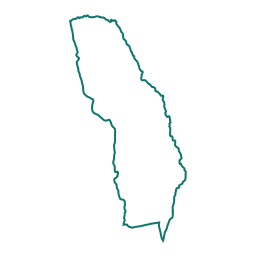 the district of Pandi, Cundinamarca, Colombia
{"feature_id": "7082276B83110653557136", "entity_name": "Pandi", "entity_type": "district", "adm_level": 2, "iso_a3": "COL", "parent_name": "Colombia", "parent_adm1": "Cundinamarca", "projection": "equal_earth", "projection_center": [-74.479, 4.177], "detail": "fine", "context": "isolated", "style": "outline", "palette": "teal", "viewbox_px": 256, "rotation_deg": 0, "n_neighbors": 0, "source": "geoboundaries", "source_scale": "gbopen_adm2", "svg_char_len": 5741}
<svg xmlns="http://www.w3.org/2000/svg" viewBox="0 0 256 256"><path d="M163.0,240.6L163.6,238.7L164.7,232.8L165.2,231.5L165.7,230.9L166.8,228.4L167.3,226.6L167.6,225.1L168.3,223.6L168.6,222.6L170.0,219.3L170.3,219.0L171.5,218.2L172.1,218.0L172.5,217.4L172.7,216.0L172.9,213.6L172.8,213.0L172.6,212.5L172.6,211.8L173.0,211.2L173.0,210.6L172.8,210.3L172.6,209.3L172.7,208.2L172.6,206.8L173.8,203.4L173.8,202.6L174.2,201.0L174.2,197.3L174.3,196.7L175.3,194.9L175.4,194.5L175.3,193.3L175.9,191.6L175.8,190.7L176.0,190.0L176.6,188.5L176.8,188.2L178.8,187.8L178.9,187.6L179.2,187.1L179.1,186.4L179.3,185.4L180.7,184.5L182.2,183.8L182.4,183.6L182.5,182.9L183.0,181.7L184.9,180.5L185.2,179.9L185.4,178.4L185.6,177.4L185.6,176.3L185.7,175.4L185.5,174.8L185.5,174.4L185.8,173.1L185.7,171.8L185.5,171.4L185.2,170.9L184.7,170.6L184.5,170.2L184.6,169.3L184.4,168.5L184.1,168.1L183.0,167.2L181.6,165.7L181.4,165.2L181.2,164.8L181.2,164.5L180.9,163.8L180.8,163.7L180.2,163.9L179.8,163.8L179.6,163.4L179.6,162.6L179.5,161.9L179.6,160.9L179.5,160.4L180.5,159.3L181.1,158.8L181.5,158.2L181.5,157.5L181.1,156.3L181.0,155.9L181.0,155.2L180.7,154.0L180.2,153.1L179.7,152.6L178.9,150.8L178.8,149.6L178.6,149.2L178.5,148.1L177.3,147.5L176.5,146.9L176.1,146.4L175.5,146.0L175.1,145.3L175.0,144.6L175.1,144.4L175.3,141.9L175.2,141.1L175.0,140.6L174.7,140.5L173.7,140.6L173.1,140.5L172.7,139.9L172.6,138.6L172.6,137.6L172.3,136.8L171.7,136.2L170.7,136.2L170.3,135.9L170.2,135.4L169.9,134.1L169.9,133.6L170.1,132.4L170.2,131.5L170.3,128.7L170.0,127.7L169.3,126.4L169.7,124.7L169.4,124.0L169.5,123.6L169.7,123.3L170.3,122.8L170.5,122.4L170.2,121.8L170.2,121.2L170.0,120.8L169.9,118.8L169.8,118.0L169.2,116.3L168.4,116.4L167.7,117.0L167.1,116.8L166.6,116.3L165.7,114.9L165.4,113.6L165.3,112.6L165.8,112.1L165.9,111.8L165.8,110.7L165.5,110.0L164.4,107.2L164.1,105.7L164.3,105.3L164.4,104.6L164.2,102.4L163.2,100.9L162.9,100.2L162.7,99.6L162.9,98.3L163.3,96.7L163.3,96.3L163.1,95.7L162.8,95.5L162.0,95.8L161.2,95.8L160.9,95.6L160.5,95.2L160.1,94.4L159.7,93.7L158.4,92.6L157.5,91.7L156.8,91.5L156.1,91.2L155.6,91.2L155.4,90.7L155.2,88.7L154.9,88.1L153.9,87.3L153.4,87.1L153.1,87.0L152.3,87.1L150.8,85.6L150.3,84.8L150.0,84.4L149.3,84.0L148.4,83.7L146.8,81.7L145.5,80.5L144.4,80.1L142.9,80.3L142.2,80.2L141.8,80.1L141.5,79.7L141.3,79.4L141.2,78.8L141.3,77.2L141.6,76.3L141.6,74.9L142.6,72.6L142.7,72.2L142.5,71.7L142.1,71.2L141.6,71.3L141.4,71.2L139.8,69.3L139.4,68.3L139.1,66.6L138.4,64.8L138.3,64.2L137.2,61.6L136.5,60.7L136.1,60.5L135.6,60.0L135.3,59.3L134.7,58.8L134.3,58.1L134.2,57.8L134.2,56.2L133.0,55.6L132.7,54.6L132.2,53.8L132.0,52.8L132.0,52.5L131.8,52.1L131.0,51.3L130.5,49.7L129.4,46.4L129.2,46.0L128.9,45.7L128.5,45.6L128.1,45.0L127.2,44.8L126.7,44.4L126.6,43.6L125.7,40.8L124.9,39.9L123.7,39.2L123.5,38.7L123.2,37.5L123.1,35.9L123.1,35.1L122.7,33.5L122.3,32.9L121.6,32.2L121.3,32.0L120.9,31.3L120.8,30.4L120.1,29.1L119.8,28.2L118.6,26.8L117.8,25.9L117.4,25.1L116.7,24.4L116.2,23.6L116.2,23.2L116.4,22.4L116.4,21.9L115.9,21.2L115.5,21.0L115.0,20.3L114.3,20.3L113.8,20.9L113.2,20.8L112.3,20.5L111.7,19.8L111.3,19.8L111.2,19.8L111.1,20.1L111.3,20.7L111.3,21.3L110.7,21.9L110.1,21.9L109.0,21.3L107.8,20.0L107.4,19.9L106.5,19.8L106.0,19.6L104.9,18.4L103.4,17.5L101.4,17.6L100.6,17.0L99.5,17.0L98.9,16.6L97.9,16.3L96.6,16.3L94.8,16.9L93.4,17.0L92.7,17.3L91.8,17.3L91.3,17.1L89.7,17.1L88.7,16.6L87.8,15.5L87.1,15.4L86.9,15.5L86.5,16.0L86.1,16.4L85.4,16.4L84.7,15.9L84.2,15.9L83.1,16.7L82.5,17.4L82.1,17.5L81.1,17.3L80.4,17.4L79.6,18.1L79.1,18.1L78.6,17.4L77.9,17.3L77.0,17.8L76.3,18.6L75.9,18.8L74.6,18.8L74.1,19.1L73.2,19.2L72.2,19.7L71.3,20.7L71.0,20.9L70.2,20.9L70.2,21.5L70.4,22.2L70.8,24.8L71.0,26.0L71.3,26.7L71.6,28.4L71.8,29.7L72.4,31.0L72.5,32.4L72.8,33.8L73.1,36.4L73.2,39.0L73.3,39.5L73.5,40.1L74.2,41.4L74.9,43.4L75.7,45.8L76.1,46.6L76.4,47.4L76.9,50.0L77.6,51.8L77.6,52.6L77.5,53.0L76.9,53.6L76.4,54.3L76.3,54.9L76.3,55.3L76.8,56.1L77.1,56.5L78.6,57.7L79.1,58.2L78.7,59.3L77.4,61.0L76.8,62.2L76.9,64.1L77.7,66.6L77.8,67.2L78.4,68.9L78.2,70.5L79.1,72.4L79.5,73.5L79.7,74.1L79.9,76.0L80.9,78.4L81.6,80.6L82.3,84.0L82.8,85.3L83.1,87.2L83.3,91.0L83.5,92.0L83.7,92.7L84.6,94.2L86.0,95.6L88.0,96.9L90.2,97.8L91.2,98.7L92.9,99.4L93.4,100.2L93.3,101.3L92.4,104.6L92.1,106.8L92.0,108.5L92.3,110.4L92.5,110.9L93.1,112.1L94.1,113.1L96.4,114.3L98.3,114.9L99.3,116.2L100.3,116.9L100.9,117.5L104.0,120.1L104.8,120.5L105.8,120.7L108.6,119.9L109.2,119.8L109.7,120.2L110.3,121.2L110.7,121.9L111.6,124.8L112.3,126.3L112.6,126.7L113.7,127.5L114.4,128.3L114.8,128.9L115.0,129.6L115.1,130.3L115.2,131.8L115.0,135.6L115.1,137.8L115.1,140.2L114.9,142.2L114.1,144.8L114.0,145.8L114.2,147.6L114.3,149.7L114.9,152.4L114.8,152.9L114.2,154.9L114.1,157.2L113.9,159.3L113.2,162.2L113.2,162.7L113.5,164.0L114.1,165.0L114.7,166.2L114.8,169.2L114.8,170.0L114.9,171.0L115.1,171.8L115.6,172.0L116.0,172.1L117.3,171.7L118.0,172.5L118.1,173.1L117.5,175.2L117.5,176.1L117.4,176.4L116.4,177.5L115.7,178.0L115.3,178.1L114.4,178.9L114.3,179.7L114.4,180.9L114.5,181.6L114.8,182.4L115.3,183.2L116.4,184.4L116.6,185.2L116.6,185.8L116.8,186.5L116.9,187.9L117.2,188.7L118.0,189.9L118.4,191.0L118.5,193.4L118.6,194.3L119.8,198.0L120.1,198.7L120.7,199.3L121.2,199.4L122.8,199.6L123.5,199.9L124.5,200.8L124.7,201.6L125.0,205.2L124.4,207.0L124.4,208.3L124.5,208.9L125.5,210.5L125.5,211.6L124.8,212.7L124.8,213.7L124.5,215.9L124.0,217.9L124.0,218.3L124.7,219.6L124.7,220.5L123.7,223.2L123.6,224.8L125.7,224.4L126.5,224.7L127.0,224.6L127.3,224.9L127.7,225.7L129.0,226.8L129.5,227.0L130.4,226.9L131.4,227.6L131.8,227.7L136.0,226.8L139.1,226.4L151.9,223.6L159.2,222.5L158.9,226.0L159.0,226.6L160.5,232.3L161.0,235.4L161.7,238.0L162.3,239.3L163.0,240.6Z" fill="none" stroke="#0f766e" stroke-width="2"/></svg>